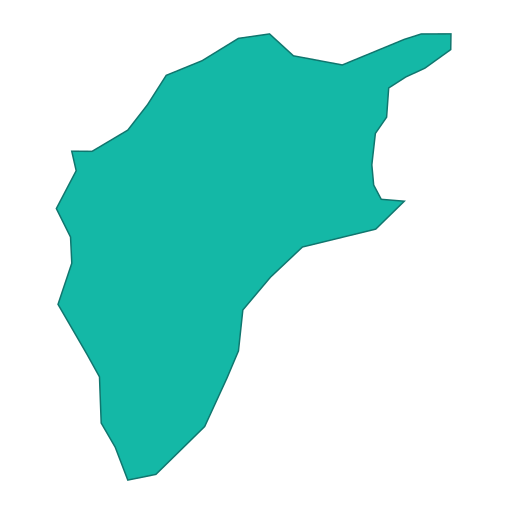 Nikokleia, Paphos, Cyprus, rotated 179°
{"feature_id": "46923920B61795442963217", "entity_name": "Nikokleia", "entity_type": "district", "adm_level": 2, "iso_a3": "CYP", "parent_name": "Cyprus", "parent_adm1": "Paphos", "projection": "natural_earth1", "projection_center": [32.57, 34.731], "detail": "fine", "context": "isolated", "style": "filled", "palette": "teal", "viewbox_px": 512, "rotation_deg": 179, "n_neighbors": 0, "source": "geoboundaries", "source_scale": "gbopen_adm2", "svg_char_len": 688}
<svg xmlns="http://www.w3.org/2000/svg" viewBox="0 0 512 512"><g transform="rotate(179 256 256)"><path d="M57.2,474.7L87.0,475.1L104.0,470.0L166.4,445.5L215.1,455.5L238.6,477.8L269.8,473.9L306.5,452.2L342.6,438.2L361.8,409.2L382.0,384.1L418.1,363.5L438.4,364.0L434.3,344.4L454.8,306.9L441.1,278.2L440.3,252.0L454.8,211.1L426.6,160.5L414.6,137.9L413.7,91.7L400.1,67.3L391.6,43.9L388.1,34.2L359.9,39.4L310.3,86.4L287.2,134.4L275.2,161.4L270.1,202.3L241.9,234.6L209.4,264.2L135.8,280.8L106.8,308.2L129.8,310.5L137.1,324.9L138.6,345.1L137.6,352.9L134.5,376.5L123.0,392.5L120.4,421.7L103.1,432.4L83.8,440.9L57.7,459.0L57.2,474.7Z" fill="#14b8a6" stroke="#0f766e" stroke-width="1.5"/></g></svg>